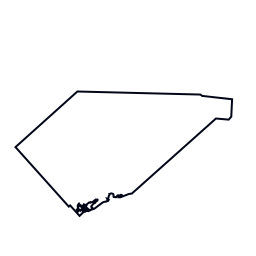 the district of 94, Al Wakrah, Qatar, rotated 48°
{"feature_id": "91078587B61395128667616", "entity_name": "94", "entity_type": "district", "adm_level": 2, "iso_a3": "QAT", "parent_name": "Qatar", "parent_adm1": "Al Wakrah", "projection": "albers", "projection_center": [51.484, 24.925], "detail": "fine", "context": "isolated", "style": "outline", "palette": "ink", "viewbox_px": 256, "rotation_deg": 48, "n_neighbors": 0, "source": "geoboundaries", "source_scale": "gbopen_adm2", "svg_char_len": 3406}
<svg xmlns="http://www.w3.org/2000/svg" viewBox="0 0 256 256"><g transform="rotate(48 128 128)"><path d="M176.3,31.4L153.8,51.4L151.8,51.8L151.5,51.9L98.9,107.5L67.0,141.2L66.9,224.4L146.8,224.6L146.8,222.8L160.9,222.8L160.7,216.7L161.0,216.6L161.2,216.4L161.2,215.8L160.9,216.4L160.7,216.4L160.5,216.6L160.4,217.2L160.3,217.6L160.4,218.2L160.1,218.0L160.0,217.7L159.6,217.1L159.0,217.0L158.5,216.7L158.0,216.7L157.8,216.7L157.9,217.2L157.3,217.9L157.3,218.0L157.4,218.3L157.5,218.8L156.3,218.8L156.3,220.1L156.5,220.4L156.6,221.3L156.3,221.3L155.6,220.8L155.3,220.8L155.2,220.9L154.9,220.2L154.7,219.9L154.4,220.1L154.3,219.1L154.1,218.6L153.7,218.6L153.3,218.1L152.3,217.7L152.2,217.4L151.8,216.9L151.5,215.9L151.4,215.1L152.0,215.3L152.1,215.6L152.3,215.8L152.6,217.4L153.1,217.5L153.0,217.4L153.1,215.9L153.4,215.9L153.4,215.6L153.7,215.6L153.6,215.3L153.9,215.3L153.8,215.0L154.2,215.0L154.3,214.7L154.7,214.5L154.7,214.8L155.2,214.8L155.2,215.2L155.5,215.2L156.0,215.6L156.7,215.5L156.7,215.8L157.7,215.7L158.0,216.0L158.3,216.0L158.6,215.8L158.6,215.5L158.9,215.6L159.0,216.0L159.3,216.0L159.2,215.6L159.3,214.5L159.6,214.5L159.6,214.2L159.7,214.3L161.5,214.4L161.4,214.5L161.4,215.2L161.2,215.5L161.6,215.5L161.7,214.9L162.4,213.8L162.7,213.4L162.7,213.1L163.1,213.1L163.1,212.2L162.9,211.7L162.3,211.7L162.3,212.3L162.0,212.2L161.8,212.1L161.6,212.1L161.3,212.3L161.3,212.8L160.7,212.4L160.1,212.3L160.1,212.0L158.3,212.3L158.3,213.1L158.0,213.1L158.2,213.7L157.2,213.7L157.2,212.9L156.9,212.3L156.1,212.5L156.0,213.4L155.5,213.3L155.4,212.6L155.2,211.8L156.1,211.7L156.7,211.4L156.8,211.0L157.1,211.1L158.0,211.0L157.9,210.6L157.5,210.1L157.2,209.6L157.2,208.9L157.3,206.8L157.6,206.7L158.0,206.0L158.0,205.6L158.4,205.6L158.4,205.2L158.9,204.7L159.2,203.6L159.6,203.3L159.6,202.5L159.4,202.2L159.5,200.7L159.8,200.9L160.0,199.5L160.3,199.4L160.6,198.7L161.1,198.7L161.3,199.3L161.5,199.5L161.3,200.6L161.3,201.1L161.4,201.9L161.6,202.3L161.6,202.8L161.3,203.6L161.1,203.8L161.3,205.5L161.6,207.6L162.1,208.1L162.9,208.1L163.2,207.8L163.4,207.8L163.6,208.4L164.0,208.9L164.2,209.3L163.9,209.9L163.9,210.3L163.6,210.7L163.4,212.2L163.5,212.2L163.6,211.7L163.8,211.5L163.9,210.7L164.2,209.8L164.4,209.4L164.6,208.9L164.9,208.5L165.0,208.1L165.3,207.5L165.5,206.7L166.3,197.4L166.6,195.9L166.9,195.4L167.2,194.7L168.2,193.2L168.9,191.3L168.8,191.1L168.3,192.5L168.0,192.0L167.7,191.4L167.1,191.0L167.2,190.5L167.0,191.0L166.6,190.9L166.3,190.8L166.7,190.5L166.8,190.4L167.1,190.4L167.3,190.2L167.0,189.7L166.7,189.2L165.8,187.9L165.5,187.4L165.2,186.3L164.6,186.0L164.8,185.6L165.1,184.7L165.6,184.0L166.6,183.4L167.3,183.2L167.7,183.3L168.4,183.9L168.9,184.2L169.1,184.4L169.3,184.7L169.5,184.8L169.8,184.7L170.1,184.2L170.7,183.7L170.9,183.5L171.1,183.6L171.4,183.3L171.4,183.1L171.4,182.1L171.1,181.0L171.6,180.1L171.8,179.9L172.1,180.0L172.4,180.7L173.4,180.3L173.4,179.8L173.2,179.1L172.9,178.9L172.8,178.1L172.9,177.9L173.6,177.6L173.8,177.5L174.0,177.5L174.4,177.4L174.7,177.5L175.1,177.4L175.0,177.6L174.9,178.0L174.7,178.4L174.7,178.6L174.2,180.0L174.1,180.4L174.3,180.2L175.5,177.2L175.6,176.9L176.0,175.8L176.2,175.3L176.4,174.7L176.8,174.0L176.8,173.7L177.0,173.1L177.3,172.3L177.8,171.3L177.9,171.2L178.2,170.6L178.5,170.0L178.8,169.8L178.9,169.6L179.2,169.2L179.3,169.1L179.6,101.0L179.8,56.3L189.1,47.6L188.7,43.7L176.3,31.4Z" fill="none" stroke="#020617" stroke-width="2"/></g></svg>